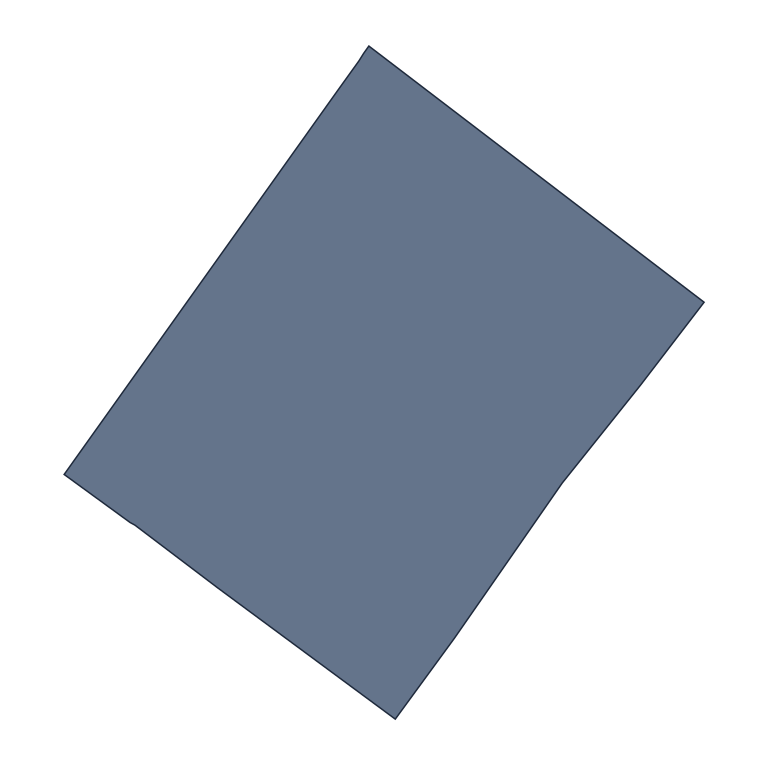 the district of Linn, Missouri, United States of America, rotated 306°
{"feature_id": "52423323B93624151599434", "entity_name": "Linn", "entity_type": "district", "adm_level": 2, "iso_a3": "USA", "parent_name": "United States of America", "parent_adm1": "Missouri", "projection": "robinson", "projection_center": [-93.129, 39.869], "detail": "fine", "context": "isolated", "style": "filled", "palette": "slate", "viewbox_px": 768, "rotation_deg": 306, "n_neighbors": 0, "source": "geoboundaries", "source_scale": "gbopen_adm2", "svg_char_len": 339}
<svg xmlns="http://www.w3.org/2000/svg" viewBox="0 0 768 768"><g transform="rotate(306 384 384)"><path d="M122.7,260.0L123.4,265.3L121.3,369.5L119.5,590.1L219.6,590.4L408.6,586.4L533.9,592.2L638.3,594.9L648.5,173.1L639.6,173.2L630.6,173.8L595.0,174.0L122.8,178.4L122.7,260.0Z" fill="#64748b" stroke="#1e293b" stroke-width="1.5"/></g></svg>